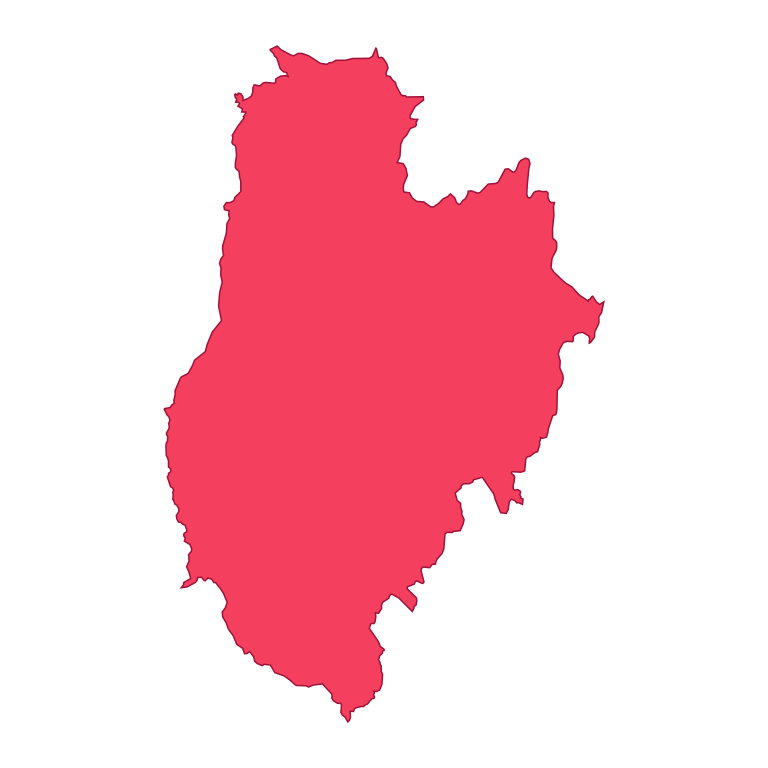 Bekily, Androy, Madagascar (Natural Earth projection)
{"feature_id": "10022922B6580820782603", "entity_name": "Bekily", "entity_type": "district", "adm_level": 2, "iso_a3": "MDG", "parent_name": "Madagascar", "parent_adm1": "Androy", "projection": "natural_earth1", "projection_center": [45.36, -24.27], "detail": "fine", "context": "isolated", "style": "filled", "palette": "rose", "viewbox_px": 768, "rotation_deg": 0, "n_neighbors": 0, "source": "geoboundaries", "source_scale": "gbopen_adm2", "svg_char_len": 6066}
<svg xmlns="http://www.w3.org/2000/svg" viewBox="0 0 768 768"><path d="M181.2,587.7L187.2,586.9L195.4,582.4L196.9,580.5L197.8,577.5L201.6,577.3L204.0,580.4L205.1,580.8L208.0,578.0L212.0,579.4L213.7,582.5L215.7,582.7L220.3,588.5L223.5,593.4L227.2,602.3L225.4,607.7L222.2,612.1L222.8,617.1L226.2,622.9L228.4,629.1L233.2,635.7L236.7,644.3L242.6,648.3L244.6,653.7L246.7,653.6L249.6,651.6L253.8,657.0L254.6,661.2L257.3,663.6L262.3,665.7L264.1,664.3L270.4,665.0L274.8,672.6L283.9,675.8L290.5,680.5L295.0,684.7L296.8,685.5L305.9,685.8L308.7,687.0L313.0,685.1L322.4,683.9L331.6,693.8L332.1,695.5L331.8,698.1L333.5,700.8L337.5,703.3L340.9,703.4L341.5,705.4L340.9,712.4L342.3,715.1L345.1,717.2L347.8,721.9L349.3,720.5L350.5,717.3L350.2,711.1L353.5,711.5L354.3,709.2L355.7,707.9L361.6,706.4L363.6,706.6L365.1,704.9L367.4,704.1L371.7,698.9L374.0,698.3L374.5,697.0L373.6,694.6L374.5,692.7L373.7,691.2L376.5,691.5L379.7,689.9L381.9,684.4L382.6,674.4L381.3,671.4L381.1,665.8L380.2,664.3L380.0,662.3L378.3,659.4L379.1,658.4L379.7,655.6L382.4,653.4L382.5,651.1L384.3,650.3L383.9,649.1L380.4,646.5L378.2,641.3L369.3,628.4L370.6,624.2L371.8,623.4L373.9,623.6L375.1,621.7L375.8,616.6L375.4,612.8L378.6,613.3L381.6,608.4L381.5,605.1L382.7,602.2L388.8,598.2L389.3,596.3L390.7,594.5L392.0,594.2L398.7,597.9L412.3,611.5L413.9,608.3L414.1,606.4L416.1,605.0L416.8,600.9L416.5,597.9L407.2,588.9L407.4,586.8L414.3,584.1L415.3,581.6L416.6,580.9L422.5,583.5L423.2,583.1L424.0,582.0L421.0,570.5L421.5,568.4L423.3,567.0L429.6,567.7L432.2,564.4L435.6,564.0L435.5,562.8L436.9,559.4L442.1,553.3L443.8,549.0L445.0,534.1L447.0,532.3L452.1,532.5L453.6,531.4L460.2,530.7L463.2,523.7L464.1,519.6L461.6,514.1L462.0,511.8L460.7,507.2L460.6,503.3L457.1,500.3L455.2,493.1L461.0,488.0L461.3,485.6L463.6,483.8L469.2,483.7L472.6,482.1L473.5,479.8L482.3,477.3L493.8,494.0L495.2,499.3L500.6,512.7L506.3,513.4L508.2,509.6L509.3,501.6L511.3,499.2L514.8,500.6L516.9,503.0L518.1,502.5L522.5,504.4L523.0,499.0L520.5,497.9L520.9,496.5L520.0,495.5L520.0,494.2L520.6,491.4L517.7,489.6L514.5,490.2L513.4,489.1L513.0,485.7L514.2,481.3L514.6,477.2L514.1,475.7L511.6,473.6L511.5,472.5L512.1,471.7L521.0,472.2L524.7,470.9L525.8,458.8L527.1,457.0L530.3,456.1L534.5,452.8L537.6,451.6L539.8,444.5L539.5,441.8L540.5,439.9L540.4,437.6L542.4,438.3L546.2,437.3L547.5,434.1L548.6,427.8L552.7,415.7L555.7,414.6L556.3,413.4L556.9,409.4L557.3,390.2L560.7,386.6L562.2,383.2L563.2,378.5L562.8,374.8L559.8,368.1L560.2,361.2L558.3,354.2L559.5,349.6L563.1,343.0L566.8,341.3L572.6,341.7L573.3,340.6L573.2,336.5L575.7,334.2L578.7,332.8L582.8,332.4L588.6,335.9L589.6,338.4L589.2,343.1L590.6,342.4L594.5,337.2L594.7,331.9L598.5,324.1L599.0,322.1L598.8,316.8L601.5,312.7L603.8,301.8L599.6,304.5L596.4,301.9L592.7,296.2L591.7,296.7L590.2,299.2L588.8,299.5L588.3,301.1L579.1,294.9L571.9,286.9L565.8,283.2L561.8,279.7L553.9,272.2L551.0,267.8L552.1,258.1L556.2,250.2L556.7,247.4L556.7,243.0L555.6,240.7L552.7,238.2L552.5,229.3L553.9,215.2L553.5,206.5L554.5,202.6L551.3,202.5L549.5,201.3L547.9,197.3L548.0,193.0L546.5,191.4L543.2,191.7L539.2,190.9L535.4,191.4L533.8,192.6L530.8,197.3L529.2,197.9L527.6,197.1L526.8,194.3L527.2,185.7L528.8,168.8L530.0,163.6L528.7,159.3L525.3,158.1L520.5,160.7L518.9,162.8L516.1,170.1L514.1,172.1L512.9,172.1L508.3,168.8L505.1,169.2L498.2,182.2L495.9,183.4L488.2,184.1L480.1,192.5L477.7,193.1L471.2,190.8L468.1,191.3L468.0,193.6L465.5,198.6L462.9,200.5L460.3,204.1L459.0,204.5L456.5,202.5L454.7,197.7L450.4,193.8L447.8,196.5L443.0,198.9L439.1,203.0L433.5,207.0L430.4,206.7L423.8,201.9L416.7,201.4L412.3,198.0L409.5,192.8L403.9,192.0L403.2,188.1L403.8,184.0L407.4,175.6L406.0,168.5L403.2,163.6L397.1,162.6L399.9,156.7L400.7,144.8L402.8,139.1L406.6,135.1L410.3,128.5L415.3,126.5L416.3,125.0L416.0,122.6L417.7,119.4L413.7,119.3L410.2,118.2L410.0,115.7L415.1,106.6L423.6,100.0L423.3,96.7L406.8,97.0L405.5,95.8L402.7,95.7L401.0,94.6L396.6,86.5L395.4,82.4L392.3,79.8L390.2,76.5L386.5,75.8L386.0,73.0L388.0,68.0L386.7,63.6L382.8,57.9L381.3,57.4L378.9,57.8L378.3,57.2L376.4,48.6L375.9,48.2L372.4,56.3L369.4,58.3L352.6,58.5L345.4,60.3L335.8,60.3L332.3,62.5L329.6,62.6L326.9,64.3L320.4,63.4L308.7,55.8L301.8,53.4L298.3,53.4L293.5,55.9L290.4,54.8L280.8,49.6L277.2,46.1L270.3,49.4L270.2,50.2L273.7,53.7L274.4,56.0L276.8,57.9L280.3,68.9L283.5,71.8L286.6,72.6L288.0,76.5L285.9,75.6L280.6,76.1L276.3,78.6L275.7,79.4L275.5,82.6L274.5,83.3L265.4,82.4L262.8,83.2L260.0,85.9L254.2,84.8L253.0,87.5L252.7,92.3L251.4,96.0L248.9,98.0L243.0,100.6L242.9,96.6L240.8,93.7L238.2,93.2L237.6,95.1L235.5,93.9L234.7,94.6L235.3,97.5L236.8,99.1L235.7,102.3L237.9,102.2L239.4,103.3L239.6,104.0L237.8,106.0L242.5,109.0L241.7,112.0L245.6,112.1L245.8,113.1L243.3,116.7L244.2,117.7L237.8,126.3L232.2,135.4L232.9,137.8L231.9,142.5L232.8,144.1L235.2,145.6L235.9,147.4L236.5,155.7L235.4,162.7L235.3,167.3L236.3,169.1L239.1,171.4L239.5,176.6L240.8,181.5L240.8,191.6L235.0,197.2L233.7,200.8L230.0,202.6L226.3,202.6L223.9,206.2L224.5,209.7L229.1,210.8L228.7,215.0L229.7,218.6L227.0,223.4L226.3,233.4L222.9,245.1L222.5,248.5L223.5,255.6L220.9,258.9L219.5,263.3L221.0,267.8L220.7,274.9L222.2,282.2L219.6,292.9L218.6,306.2L221.5,320.6L212.3,332.0L207.2,344.4L205.3,351.6L194.5,360.2L192.8,364.9L188.1,373.5L181.4,376.9L180.3,378.4L175.1,390.6L175.2,394.5L173.9,400.0L174.0,403.5L171.6,405.2L170.0,407.6L164.9,408.5L164.2,409.2L166.9,414.7L169.0,417.0L169.9,420.2L168.6,423.7L169.2,425.6L169.0,428.5L166.6,432.9L166.5,434.3L167.8,436.9L167.4,441.2L166.4,442.7L165.9,445.8L166.3,455.6L167.7,458.0L168.5,461.1L168.5,467.0L170.4,468.5L170.7,471.2L170.2,472.3L168.5,473.2L168.6,475.0L167.3,476.8L170.5,486.6L172.6,488.0L173.7,490.7L172.7,492.2L173.2,494.5L172.8,499.5L173.6,500.2L174.9,504.1L177.0,505.3L178.8,508.9L178.8,511.5L176.3,515.7L176.9,519.0L178.3,521.9L181.1,522.5L182.5,524.2L185.0,525.1L186.7,529.8L186.6,531.9L184.3,533.2L183.7,534.5L183.9,536.1L185.3,538.3L184.3,541.1L190.0,544.6L191.8,549.2L191.2,551.6L188.6,554.6L189.1,560.9L186.6,566.9L188.7,571.2L190.7,578.5L183.8,582.5L183.4,584.9L181.2,587.7Z" fill="#f43f5e" stroke="#9f1239" stroke-width="1.5"/></svg>